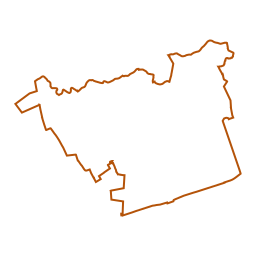 Balotesti, Ilfov, Romania
{"feature_id": "2599482B37621113883018", "entity_name": "Balotesti", "entity_type": "district", "adm_level": 2, "iso_a3": "ROU", "parent_name": "Romania", "parent_adm1": "Ilfov", "projection": "albers", "projection_center": [26.074, 44.622], "detail": "fine", "context": "isolated", "style": "outline", "palette": "amber", "viewbox_px": 256, "rotation_deg": 0, "n_neighbors": 0, "source": "geoboundaries", "source_scale": "gbopen_adm2", "svg_char_len": 5450}
<svg xmlns="http://www.w3.org/2000/svg" viewBox="0 0 256 256"><path d="M240.6,173.7L240.5,173.1L239.3,169.4L222.7,120.9L223.5,119.5L224.1,118.5L225.7,117.9L226.5,117.8L227.2,117.9L228.4,118.3L228.7,118.7L228.8,119.2L229.2,119.1L229.4,118.9L233.2,117.6L232.3,115.3L230.9,107.8L231.0,107.8L230.5,100.4L223.9,86.5L227.1,81.6L226.9,81.2L226.6,80.9L225.9,80.6L223.9,79.4L223.4,77.5L223.1,76.3L223.1,75.5L222.9,74.8L222.6,73.9L222.1,74.1L221.9,73.4L221.5,72.7L219.6,69.3L218.6,67.2L218.3,66.7L219.0,66.7L219.9,66.4L220.9,66.4L222.7,65.8L223.6,65.4L223.9,64.9L224.1,64.2L224.3,63.8L224.5,63.7L224.4,63.3L224.6,62.2L224.9,61.1L225.2,60.9L225.4,60.7L225.4,60.4L225.2,60.4L225.3,60.1L225.5,59.4L225.9,58.5L226.6,58.1L227.1,58.0L228.0,58.2L228.2,58.5L228.9,58.5L229.3,58.4L229.8,58.5L230.9,58.2L231.3,57.6L231.6,57.5L232.0,57.7L232.5,57.1L233.0,56.3L232.9,55.6L233.4,54.0L233.4,53.5L233.5,53.2L233.3,52.7L228.6,50.5L228.3,50.0L228.0,49.2L227.9,48.6L227.7,48.4L227.8,47.1L227.5,46.2L227.5,45.6L227.1,44.1L227.1,43.7L227.0,43.0L226.7,42.8L226.4,42.7L225.8,42.8L225.7,42.8L225.3,42.7L224.9,42.7L221.5,43.6L220.5,43.8L220.0,43.7L217.9,43.0L217.2,42.8L216.8,42.8L215.5,42.5L214.2,42.1L212.8,41.3L212.2,40.9L211.2,40.6L210.2,40.5L209.6,40.5L208.6,41.0L207.7,41.5L206.8,42.5L206.0,43.6L203.9,46.0L202.8,46.9L201.8,47.8L200.8,49.2L200.4,49.8L199.7,50.5L199.2,51.0L198.5,51.4L198.1,51.5L197.2,51.7L196.3,51.9L193.9,52.7L192.5,53.5L190.9,54.7L189.2,54.6L188.5,54.7L186.6,55.1L185.9,55.4L185.2,55.8L184.4,56.0L183.6,56.2L182.7,56.3L181.8,56.2L180.8,55.7L179.6,54.9L178.6,54.5L176.9,53.4L176.1,53.4L174.7,53.7L173.3,54.3L171.7,54.4L171.3,54.2L170.1,54.5L168.4,55.2L168.5,55.3L168.4,55.3L172.9,62.9L173.3,63.7L171.6,73.0L171.4,73.8L171.2,75.5L170.2,78.8L170.0,79.8L169.8,80.1L169.7,80.9L169.6,81.1L169.4,81.8L168.7,81.6L167.9,81.1L166.9,81.1L165.5,81.7L165.1,81.8L162.8,83.6L162.6,83.8L161.7,84.1L160.3,84.4L159.6,84.4L157.6,83.9L155.9,83.2L154.9,82.4L154.6,81.6L153.0,82.4L152.8,81.9L152.8,81.2L152.8,80.3L153.1,79.3L153.5,77.3L153.4,77.0L153.4,76.5L153.6,75.5L153.6,75.1L153.4,74.8L152.8,74.5L151.3,74.3L150.6,74.2L150.2,74.0L149.3,74.0L149.1,74.0L148.0,73.5L147.5,73.2L147.3,72.9L146.7,72.0L146.5,71.8L146.0,71.3L143.0,69.6L142.5,69.5L141.0,69.5L138.8,69.8L138.6,68.9L137.8,68.9L136.9,69.1L136.5,69.3L135.2,70.8L134.5,71.6L134.2,71.8L134.0,72.0L133.3,72.5L130.2,74.0L129.8,74.3L129.4,74.8L128.8,75.3L128.0,75.8L127.7,75.9L127.4,75.9L126.0,75.8L125.4,75.8L124.0,76.0L123.9,76.2L123.7,76.2L122.8,75.9L122.6,75.7L121.8,76.3L121.5,76.4L121.1,76.8L120.2,77.4L119.6,77.9L119.0,78.2L118.4,78.4L117.6,78.6L116.4,78.7L115.4,78.8L115.0,78.9L114.2,79.5L113.2,80.3L111.6,81.1L109.5,82.1L108.5,82.4L107.8,82.5L107.2,82.3L106.4,81.9L105.7,81.6L104.9,81.3L104.4,81.2L103.9,81.3L103.5,81.6L103.1,82.5L102.9,83.0L102.5,83.1L101.3,83.0L99.9,82.7L98.7,82.3L97.9,82.1L96.6,81.7L96.1,81.6L93.8,80.8L93.3,80.4L92.9,80.2L92.7,80.1L92.1,80.0L91.7,80.1L91.4,80.2L91.3,80.3L90.4,80.1L89.7,80.1L89.1,80.3L88.0,81.2L87.0,82.3L86.4,83.2L85.4,85.7L85.0,86.4L84.3,87.0L83.3,87.4L82.3,87.7L81.6,88.1L79.1,90.6L77.8,91.5L77.6,91.3L77.4,90.9L77.3,91.0L76.7,90.8L75.4,89.8L73.8,88.9L73.2,88.4L72.4,88.0L71.9,87.8L71.6,87.9L71.3,88.0L70.9,88.7L70.8,89.6L70.9,90.8L70.6,91.9L70.5,92.2L70.1,92.6L69.8,92.8L69.4,93.0L69.2,93.0L67.4,92.2L65.2,90.7L63.7,89.7L63.3,89.7L63.0,89.9L62.8,90.4L62.7,90.9L62.6,91.6L62.2,92.6L62.0,93.1L61.9,93.3L61.7,93.5L61.2,93.9L60.7,94.1L60.1,94.3L59.0,95.0L58.9,94.9L57.3,94.0L56.8,93.6L56.5,92.9L56.3,92.3L56.4,91.0L56.7,90.6L57.0,90.2L57.2,89.9L57.3,89.4L57.1,88.8L56.8,88.4L56.5,88.3L55.0,88.1L53.6,88.1L52.4,88.2L52.0,88.1L51.4,87.7L51.2,87.3L50.5,86.4L50.5,86.1L50.5,84.0L50.4,83.3L50.3,82.8L50.2,82.6L49.2,81.6L48.9,81.4L48.2,81.1L47.6,80.7L47.2,80.0L46.9,79.5L46.6,79.1L45.1,77.7L44.7,77.2L44.2,76.8L43.8,76.6L43.4,76.4L42.8,76.4L42.3,76.5L41.8,76.8L39.7,78.4L37.7,79.3L37.1,79.7L36.5,80.2L35.3,80.9L35.0,81.3L36.3,88.4L36.7,90.2L36.8,91.1L29.6,93.4L15.4,103.9L21.9,112.6L39.1,105.0L39.3,104.8L39.3,104.7L39.6,104.8L39.7,105.6L40.4,109.5L42.3,118.0L42.2,118.0L44.2,124.5L46.0,129.9L46.3,130.0L50.3,128.3L50.6,128.3L50.8,128.5L52.5,130.8L54.4,133.5L55.7,135.1L57.2,137.3L59.1,140.3L62.0,145.6L62.9,147.1L63.1,147.4L66.9,155.6L75.6,154.6L75.9,154.7L77.8,160.6L78.2,160.7L81.0,164.8L81.8,165.6L84.1,169.2L85.1,170.3L85.5,170.5L86.2,170.6L87.1,170.4L89.7,169.5L91.1,173.1L93.8,178.1L94.0,178.0L94.2,178.7L95.9,182.0L99.9,179.6L100.7,179.1L99.0,176.1L104.1,172.6L104.2,172.4L109.9,168.5L109.3,167.4L108.9,166.7L108.1,165.4L107.9,165.1L107.9,164.9L110.5,163.5L110.0,162.5L110.0,162.4L110.4,162.2L110.2,161.7L110.3,161.6L112.0,161.0L112.3,161.0L111.9,161.7L112.6,163.3L113.1,163.1L113.7,164.6L114.6,166.6L114.8,167.2L115.1,168.2L115.7,169.4L116.0,170.0L116.1,170.7L116.2,171.5L116.3,171.5L116.5,171.9L117.2,173.2L117.3,173.2L117.9,174.3L118.1,174.2L118.2,174.3L119.4,174.5L120.1,174.6L120.6,174.7L120.6,174.8L122.2,175.0L122.8,175.1L124.5,175.2L123.7,188.2L111.1,190.6L110.7,190.8L110.8,191.0L111.4,199.6L123.1,201.4L122.6,213.8L121.2,213.7L121.2,214.5L121.3,215.2L122.7,214.8L122.7,215.5L132.2,212.4L136.1,211.0L152.5,205.7L154.7,205.4L156.6,205.0L160.1,204.6L167.1,202.5L167.4,203.4L167.8,203.3L173.4,201.3L173.5,200.6L173.6,200.2L173.9,199.9L176.1,198.9L183.8,195.7L193.6,192.6L196.4,191.8L224.3,182.8L224.2,182.6L224.4,182.5L224.4,182.4L229.3,180.8L230.3,180.5L232.4,179.6L233.4,179.0L234.4,178.4L236.2,177.1L240.6,173.7Z" fill="none" stroke="#b45309" stroke-width="2"/></svg>